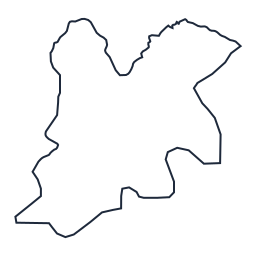 Dinguiraye, Natural Earth projection
{"feature_id": "GIN-5634", "entity_name": "Dinguiraye", "entity_type": "Prefecture", "adm_level": 1, "iso_a3": "GIN", "parent_name": "Guinea", "parent_adm1": "", "projection": "natural_earth1", "projection_center": [-10.675, 11.582], "detail": "fine", "context": "isolated", "style": "outline", "palette": "slate", "viewbox_px": 256, "rotation_deg": 0, "n_neighbors": 0, "source": "natural_earth", "source_scale": "10m", "svg_char_len": 1992}
<svg xmlns="http://www.w3.org/2000/svg" viewBox="0 0 256 256"><path d="M84.6,18.9L88.2,20.0L90.8,22.2L96.7,32.8L100.1,35.7L103.6,37.6L106.2,40.0L107.1,44.8L106.7,46.3L105.3,49.4L105.1,50.7L105.8,52.6L109.7,57.1L115.7,70.2L119.9,75.2L126.0,75.0L128.2,73.8L129.6,72.2L131.3,69.2L132.6,66.1L133.1,63.7L134.2,62.0L136.9,59.9L139.9,58.1L142.2,57.3L141.2,53.5L142.8,51.4L145.7,49.8L148.7,47.4L148.8,46.2L148.3,44.4L148.4,42.7L149.8,42.0L150.3,41.3L149.1,37.9L149.2,36.3L151.9,35.2L158.9,35.8L160.3,33.3L161.4,31.9L166.4,27.1L168.3,25.6L169.3,26.5L170.3,27.1L172.5,28.0L172.3,25.5L173.2,24.8L174.5,24.7L175.9,23.9L176.5,22.3L176.8,21.9L177.9,22.8L178.3,23.7L178.7,23.8L179.6,21.7L185.1,19.2L186.3,19.9L187.0,21.0L187.9,22.0L192.8,23.1L197.9,25.9L200.8,26.6L204.4,26.4L205.4,26.6L206.9,27.3L208.9,29.3L210.0,30.2L211.1,30.5L211.5,30.7L214.0,30.8L215.5,31.2L217.3,32.3L220.2,34.9L222.0,35.9L224.8,36.9L230.0,40.0L232.9,40.6L235.6,41.5L240.6,46.1L231.0,53.3L225.2,62.4L212.2,74.0L197.4,83.0L196.3,84.8L195.1,86.4L193.9,88.2L202.3,103.3L207.5,108.8L214.8,117.9L220.6,134.4L220.1,163.1L203.9,163.7L188.7,150.3L177.2,147.8L167.8,152.1L165.7,159.4L174.0,181.6L174.0,192.3L169.3,197.2L157.3,197.8L143.7,197.8L139.0,196.6L136.6,192.0L129.1,187.4L122.3,188.7L121.2,196.0L121.1,208.4L113.0,209.9L102.0,212.4L90.1,222.2L73.8,234.5L65.4,237.1L57.0,233.5L52.1,227.3L49.0,223.2L16.4,222.7L15.4,216.7L31.6,203.7L40.9,196.1L40.9,188.6L37.7,179.4L32.6,171.8L38.4,161.7L40.7,159.2L42.1,158.0L43.6,157.1L48.8,155.0L49.6,154.1L50.4,152.9L52.2,151.2L54.3,149.6L56.1,148.9L57.1,147.7L58.1,145.0L57.4,143.8L48.8,139.0L47.7,138.0L46.6,136.9L46.1,136.2L45.7,135.5L45.5,134.5L45.5,133.3L45.9,131.5L57.1,115.1L57.7,107.5L58.1,102.6L58.3,96.7L60.0,92.9L60.0,85.5L60.0,75.1L53.2,67.6L50.9,61.4L50.5,52.9L51.7,51.4L53.3,48.1L54.2,43.2L55.2,42.6L56.4,42.5L57.6,41.9L59.7,38.1L60.3,37.2L60.5,37.0L65.2,33.1L66.9,30.9L68.8,23.5L69.9,21.8L71.9,21.3L75.3,21.5L81.7,19.0L84.6,18.9Z" fill="none" stroke="#1e293b" stroke-width="2"/></svg>